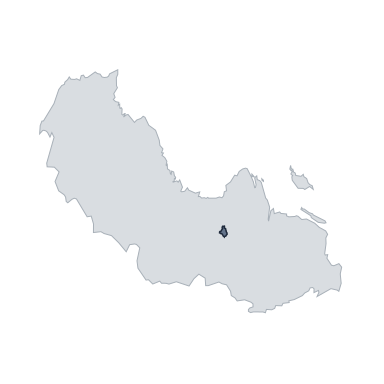 Borlänge, Dalarna, Sweden shown in context, rotated 276°
{"feature_id": "70781695B12440080986596", "entity_name": "Borlänge", "entity_type": "district", "adm_level": 2, "iso_a3": "SWE", "parent_name": "Sweden", "parent_adm1": "Dalarna", "projection": "robinson", "projection_center": [15.395, 60.481], "detail": "fine", "context": "in_parent", "style": "filled", "palette": "slate", "viewbox_px": 384, "rotation_deg": 276, "n_neighbors": 0, "source": "geoboundaries", "source_scale": "gbopen_adm2", "svg_char_len": 4428}
<svg xmlns="http://www.w3.org/2000/svg" viewBox="0 0 384 384"><g transform="rotate(276 192 192)"><path d="M82.7,261.6L84.1,264.7L87.2,264.3L88.6,262.1L90.3,255.6L88.4,248.3L91.2,245.8L93.1,241.9L97.4,240.7L103.3,236.1L103.9,231.5L105.3,228.2L100.6,218.0L100.3,215.4L107.7,214.1L111.0,207.4L106.0,203.0L98.2,198.9L101.1,185.8L98.0,178.7L98.5,175.7L98.1,171.2L100.0,169.3L96.4,162.6L100.2,157.9L99.6,155.5L110.6,146.2L117.8,144.5L131.0,145.9L134.1,142.2L134.3,140.2L133.1,135.5L125.7,132.8L133.9,124.4L140.2,116.5L141.5,108.9L143.0,105.6L141.4,98.2L149.9,97.4L157.5,94.3L156.4,90.3L173.0,77.8L173.5,75.6L172.2,73.4L168.3,69.6L169.4,67.9L173.8,66.8L175.9,65.1L179.2,59.3L188.1,54.7L198.1,57.7L202.3,52.5L201.9,45.3L205.5,44.5L232.0,49.1L236.4,46.4L231.8,45.0L236.2,42.1L237.5,40.3L237.9,38.2L237.6,37.1L233.9,34.4L242.2,34.1L246.8,35.3L247.2,36.9L265.5,45.5L280.0,48.8L284.2,51.3L285.8,53.9L288.0,54.1L290.8,56.6L293.6,57.9L291.5,59.7L291.7,63.6L292.5,65.4L291.3,68.8L296.1,69.7L296.9,71.8L294.5,73.8L295.0,76.1L301.3,83.2L299.9,85.5L299.6,88.3L297.0,90.5L296.7,92.7L297.3,95.5L298.3,96.8L301.0,97.8L305.8,105.4L301.3,105.9L297.8,104.8L289.8,105.8L287.9,106.9L281.6,103.9L278.1,105.6L275.7,104.1L273.9,106.6L273.5,109.9L270.6,109.6L271.8,110.9L267.9,111.4L267.6,111.9L268.5,112.7L267.3,113.8L261.9,114.1L261.3,115.2L262.9,116.5L262.9,117.4L259.4,116.1L261.8,118.6L262.4,120.3L255.2,127.5L257.8,129.5L259.9,133.6L262.2,135.5L261.4,137.4L253.8,142.1L249.6,149.3L240.1,154.0L235.0,155.2L231.8,158.6L227.9,157.6L227.8,159.5L225.3,158.3L223.4,161.3L219.9,163.8L216.0,163.4L215.6,163.8L216.8,164.5L212.4,165.2L211.1,167.8L207.9,168.6L207.3,169.4L210.7,169.6L210.0,171.7L206.3,172.8L204.9,174.2L203.2,174.1L203.6,173.1L201.0,173.1L200.2,171.9L199.8,172.2L201.5,175.8L200.3,177.2L202.7,178.5L195.8,182.0L191.6,180.7L191.1,181.7L192.0,184.7L195.7,187.0L193.5,188.6L191.2,195.5L192.9,199.7L188.1,198.8L188.4,200.3L187.0,202.2L187.6,204.9L187.1,206.7L188.3,208.3L187.6,209.1L188.4,216.6L189.9,219.8L189.4,222.4L191.4,223.8L195.6,224.1L196.8,226.2L202.1,225.0L206.0,229.2L213.2,232.7L212.8,235.1L217.4,236.8L220.2,240.0L221.3,242.7L221.0,244.4L213.9,249.0L208.5,252.0L202.8,253.9L203.1,254.6L205.9,255.0L212.7,252.8L214.8,254.7L211.1,255.6L210.4,258.2L208.8,259.9L193.7,265.9L191.8,267.8L185.0,270.8L172.9,270.6L171.0,271.2L181.6,272.4L184.1,274.7L179.1,276.1L181.3,281.3L180.0,282.6L180.0,288.4L178.2,288.5L177.4,290.9L178.4,296.8L179.3,298.4L178.9,300.1L176.1,304.0L177.1,308.7L173.8,317.3L170.1,322.3L167.3,329.0L164.1,331.3L160.3,329.9L154.7,330.7L144.5,330.4L143.2,331.1L143.9,333.5L140.2,333.1L133.8,338.3L133.5,340.8L136.1,345.6L132.9,348.7L126.0,348.0L116.8,349.9L108.6,348.4L109.6,346.7L110.4,340.3L101.1,327.3L105.5,328.7L107.3,328.0L104.7,323.8L108.5,323.5L109.6,322.0L109.0,319.5L105.9,318.4L103.3,314.6L100.5,312.6L95.7,304.9L93.9,299.7L92.2,300.2L90.8,294.1L88.2,293.2L87.8,287.1L84.9,286.4L83.2,283.6L83.0,278.3L79.6,277.6L80.1,275.1L79.2,265.7L78.2,262.8L79.2,260.6L81.0,260.4L82.7,261.6ZM224.0,290.4L222.5,290.9L221.7,292.6L219.3,293.5L219.0,298.8L221.2,300.8L218.9,301.7L217.4,304.6L213.3,306.5L211.7,308.3L210.8,310.9L207.3,312.3L209.8,308.4L206.3,303.9L207.2,302.3L206.8,297.1L214.1,290.5L217.5,289.7L219.0,290.4L219.7,288.8L220.7,288.5L224.0,290.4ZM177.2,327.3L175.4,328.5L174.8,326.9L175.0,320.7L179.0,313.3L180.8,312.7L185.7,302.8L186.2,302.1L188.0,302.7L186.7,303.7L186.8,305.4L183.7,310.7L182.9,314.2L181.8,315.0L177.2,327.3ZM225.5,288.3L225.2,289.8L223.3,288.6L225.0,286.9L228.7,287.3L225.5,288.3ZM216.1,249.7L213.8,252.1L213.4,251.1L213.8,249.9L216.1,249.7ZM211.2,261.8L210.0,262.0L210.9,260.4L212.5,260.0L211.2,261.8Z" fill="#d9dde1" stroke="#a8b0b8" stroke-width="1"/><path d="M154.2,223.7L154.2,224.1L154.0,224.6L153.6,225.0L153.7,225.5L153.8,225.8L153.7,226.0L153.2,226.4L152.4,227.1L152.0,227.4L151.7,227.5L151.3,227.8L151.0,228.3L150.9,228.7L150.7,228.9L151.2,229.0L151.4,229.4L151.5,229.8L151.9,230.4L152.7,230.6L153.2,231.0L153.5,231.3L154.9,231.1L155.4,230.7L156.1,230.2L156.7,230.1L157.2,229.9L157.8,229.6L158.5,229.4L159.1,229.2L159.2,228.9L159.3,228.5L159.5,227.9L160.1,227.9L161.0,227.9L161.5,227.8L161.5,227.6L161.4,227.3L161.0,226.8L161.0,226.5L161.1,226.0L160.9,225.9L160.3,225.8L159.6,225.7L159.0,225.9L158.6,226.1L157.8,225.8L157.3,225.4L156.6,225.2L155.9,224.8L155.8,224.4L155.7,224.1L155.6,223.8L155.1,223.6L154.2,223.7L154.2,223.7Z" fill="#64748b" stroke="#1e293b" stroke-width="1.5"/></g></svg>